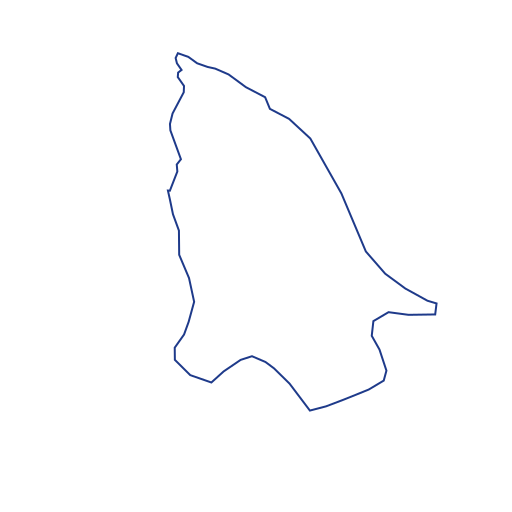 the district of Unjon, P'yŏngan-bukto, North Korea, rotated 125°
{"feature_id": "82179303B11827018498152", "entity_name": "Unjon", "entity_type": "district", "adm_level": 2, "iso_a3": "PRK", "parent_name": "North Korea", "parent_adm1": "P'yŏngan-bukto", "projection": "albers", "projection_center": [125.407, 39.666], "detail": "fine", "context": "isolated", "style": "outline", "palette": "blue", "viewbox_px": 512, "rotation_deg": 125, "n_neighbors": 0, "source": "geoboundaries", "source_scale": "gbopen_adm2", "svg_char_len": 939}
<svg xmlns="http://www.w3.org/2000/svg" viewBox="0 0 512 512"><g transform="rotate(125 256 256)"><path d="M134.7,436.3L139.9,435.4L143.5,431.3L146.3,423.7L150.4,425.0L154.3,422.7L158.0,412.5L163.3,409.1L187.1,406.1L197.2,402.2L202.2,398.2L219.8,373.0L226.5,373.4L231.9,368.9L251.9,364.0L252.9,365.7L259.4,358.6L269.4,348.0L279.4,333.7L299.1,319.6L312.5,298.2L329.0,280.4L348.6,273.4L361.6,269.9L377.7,270.0L387.6,262.9L391.3,241.5L385.2,220.0L369.1,216.3L349.9,209.0L340.4,201.8L337.4,187.5L337.7,176.8L341.3,155.3L351.7,123.2L339.0,112.4L323.1,101.6L300.8,87.1L284.8,79.9L275.1,83.4L261.8,101.2L255.0,115.4L242.0,122.5L226.0,115.2L216.7,97.3L201.1,75.7L191.3,80.9L194.3,89.9L197.0,115.0L196.4,140.0L189.3,168.6L169.2,200.6L155.8,221.9L142.2,250.4L128.6,278.9L124.7,307.5L127.5,329.0L120.7,339.6L123.5,361.1L123.0,382.6L125.9,396.9L128.9,404.1L131.9,414.8L131.7,425.6L134.7,436.3Z" fill="none" stroke="#1e3a8a" stroke-width="2"/></g></svg>